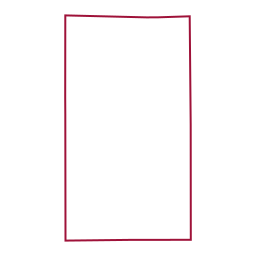 the district of Boone, Illinois, United States of America
{"feature_id": "52423323B68053361543387", "entity_name": "Boone", "entity_type": "district", "adm_level": 2, "iso_a3": "USA", "parent_name": "United States of America", "parent_adm1": "Illinois", "projection": "robinson", "projection_center": [-88.831, 42.324], "detail": "fine", "context": "isolated", "style": "outline", "palette": "rose", "viewbox_px": 256, "rotation_deg": 0, "n_neighbors": 0, "source": "geoboundaries", "source_scale": "gbopen_adm2", "svg_char_len": 260}
<svg xmlns="http://www.w3.org/2000/svg" viewBox="0 0 256 256"><path d="M65.5,240.6L128.3,239.9L190.8,239.8L190.7,125.2L189.7,16.3L158.7,17.3L152.8,17.3L147.4,17.4L65.3,15.4L65.2,97.4L65.3,114.4L65.5,240.6Z" fill="none" stroke="#9f1239" stroke-width="2"/></svg>